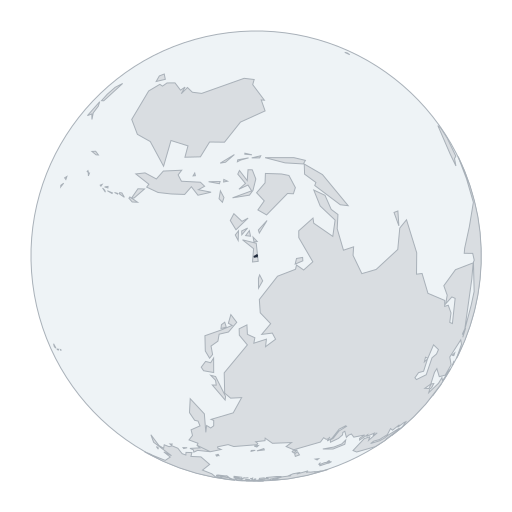 globe centered on Mountain Province, rotated 173°
{"feature_id": "PHL-2552", "entity_name": "Mountain Province", "entity_type": "Province", "adm_level": 1, "iso_a3": "PHL", "parent_name": "Philippines", "parent_adm1": "", "projection": "orthographic", "projection_center": [121.106, 17.071], "detail": "fine", "context": "on_globe", "style": "filled", "palette": "slate", "viewbox_px": 512, "rotation_deg": 173, "n_neighbors": 0, "source": "natural_earth", "source_scale": "10m", "svg_char_len": 10305}
<svg xmlns="http://www.w3.org/2000/svg" viewBox="0 0 512 512"><g transform="rotate(173 256 256)"><circle cx="256" cy="256" r="225" fill="#eef3f6" stroke="#a8b0b8"/><path d="M441.4,348.4L441.1,349.9L440.9,350.1L441.4,348.4ZM388.3,73.6L388.4,73.8L371.0,64.2L365.6,66.9L371.4,72.8L364.2,68.1L380.3,83.6L382.1,91.4L375.4,79.7L371.1,76.4L370.1,79.8L365.5,77.3L362.4,77.8L357.0,74.7L353.4,68.8L349.9,67.0L349.4,69.6L343.6,68.7L345.0,65.0L335.1,63.3L327.4,54.8L335.2,50.0L326.4,45.2L322.4,40.9L318.1,39.7L313.9,38.3L307.5,36.7L324.8,41.5L341.6,47.6L357.8,55.0L373.4,63.7L388.3,73.6ZM302.6,35.6L302.8,35.7L300.2,35.2L296.4,34.5L297.2,34.5L298.6,34.8L302.6,35.6ZM467.6,193.6L465.8,188.9L467.2,190.5L467.6,193.6ZM464.4,187.1L465.1,188.4L464.5,187.5L464.4,187.1ZM463.8,187.0L464.2,187.1L463.9,187.5L463.8,187.0ZM463.2,187.6L463.4,187.1L463.5,187.3L463.2,187.6ZM461.5,187.0L461.0,186.7L461.1,185.7L461.5,187.0ZM390.5,75.3L389.4,74.5L388.9,74.1L390.5,75.3ZM384.0,71.6L382.2,70.1L387.6,73.5L386.9,73.3L384.0,71.6ZM376.6,78.0L376.5,76.2L378.1,78.9L376.6,78.0ZM362.9,78.4L364.3,79.9L362.1,79.6L362.9,78.4ZM351.8,74.7L347.7,74.1L351.2,73.7L351.8,74.7ZM345.0,73.1L335.2,72.4L337.6,75.3L325.2,67.3L337.7,70.2L341.6,68.9L341.8,71.2L345.0,73.1ZM304.5,36.1L304.1,35.9L307.9,36.8L304.5,36.1ZM307.6,36.8L323.0,41.5L321.8,41.8L316.9,40.0L318.0,41.4L309.8,39.2L307.3,37.9L309.8,38.0L304.8,37.2L307.6,36.8ZM320.0,63.3L317.1,62.5L319.5,62.2L320.0,63.3ZM299.5,35.1L302.7,35.9L301.9,36.1L295.2,34.8L297.6,35.1L299.5,35.1ZM322.4,43.1L320.5,43.3L313.4,41.5L311.7,41.4L309.5,39.2L322.4,43.1ZM295.9,34.7L291.9,34.2L288.8,33.5L296.2,34.5L295.9,34.7ZM304.4,36.8L303.7,37.0L301.9,36.4L304.4,36.8ZM275.8,31.6L279.7,32.0L275.8,31.6ZM290.6,34.0L291.6,34.3L292.0,34.5L288.8,34.1L290.6,34.0ZM304.6,38.3L302.0,37.6L305.2,39.0L299.9,38.1L299.4,36.9L297.4,37.0L295.8,36.8L297.2,36.2L304.6,38.3ZM286.7,34.4L284.2,33.2L277.0,32.2L276.9,32.0L288.5,33.7L286.7,34.4ZM292.7,35.4L289.0,34.7L290.8,34.6L294.4,35.1L292.7,35.4ZM296.6,38.0L304.7,39.7L304.6,40.0L296.6,38.0ZM284.3,34.1L284.9,34.4L283.6,34.0L284.3,34.1ZM292.4,36.7L295.3,37.2L295.0,37.4L292.4,36.7ZM283.8,34.9L283.0,34.4L285.5,34.6L283.8,34.9ZM287.4,35.7L286.4,36.0L286.8,34.9L288.8,35.9L287.4,35.7ZM291.7,36.9L292.5,37.2L290.5,36.6L291.7,36.9ZM274.9,34.8L274.9,33.5L280.3,33.7L279.6,34.9L274.9,34.8ZM67.4,132.8L69.4,130.0L62.8,143.3L63.0,147.8L76.0,132.1L75.6,124.2L82.7,114.7L88.8,113.9L90.2,122.2L93.0,118.8L98.1,107.6L104.6,104.1L100.6,103.4L97.7,107.7L95.1,107.7L97.7,103.9L99.8,102.6L101.2,99.3L90.4,107.4L86.3,112.6L86.0,109.4L79.0,118.0L76.7,120.2L87.6,106.6L91.3,102.8L106.4,87.5L105.5,88.4L119.1,77.1L133.6,66.9L132.7,67.5L143.0,61.4L143.4,61.5L137.2,64.9L131.7,68.4L127.5,73.2L129.3,72.7L136.3,68.7L134.3,71.0L141.7,66.5L143.5,68.3L147.4,62.7L155.8,58.8L161.7,57.9L165.1,55.9L155.6,57.6L151.2,59.4L146.2,62.3L134.8,67.6L134.3,67.1L149.0,58.6L150.0,57.4L160.9,52.2L180.0,49.2L183.4,51.1L170.9,61.5L165.1,62.7L166.7,59.3L157.2,65.7L161.8,63.5L160.1,65.8L167.7,63.6L166.9,65.1L175.6,60.7L175.4,62.4L169.9,65.1L181.0,64.3L183.0,67.7L185.9,66.9L188.4,65.0L189.2,71.2L191.3,70.3L191.9,67.9L196.4,64.9L204.8,62.1L204.6,64.4L201.6,65.6L194.9,72.2L186.9,75.9L187.6,76.6L194.6,74.0L202.7,65.9L207.8,63.7L204.8,67.4L206.3,65.8L208.7,65.5L211.0,67.4L214.7,63.5L242.2,59.1L249.3,63.2L243.5,66.5L262.5,68.1L269.1,74.1L269.6,71.6L279.0,71.7L277.1,69.7L278.0,68.6L301.3,69.6L306.7,72.2L317.3,71.3L317.5,70.2L314.2,68.2L325.2,67.3L337.6,75.3L336.4,77.2L344.9,81.6L340.9,85.6L341.6,91.4L332.3,94.2L333.6,99.2L336.9,100.4L341.1,108.6L338.7,122.4L326.5,105.6L327.3,87.1L325.7,93.8L321.9,90.8L318.7,92.6L318.0,97.9L320.5,99.3L297.7,103.1L287.5,117.2L298.5,118.0L303.8,123.7L301.8,143.9L275.4,168.8L282.2,179.4L281.6,185.8L273.4,188.7L274.1,179.3L267.1,175.0L268.8,169.7L255.8,172.2L257.6,164.8L246.7,171.0L249.2,177.5L259.9,177.5L249.7,187.0L258.7,199.1L258.0,212.4L237.1,233.3L218.4,238.0L216.9,242.1L210.4,236.3L200.3,243.3L211.3,269.0L210.5,275.8L194.8,286.7L194.7,281.5L177.4,266.1L173.1,282.0L186.2,297.8L190.6,314.4L180.1,307.8L175.7,293.1L169.6,287.2L172.1,273.2L168.5,251.1L158.0,253.2L159.6,244.8L153.1,225.6L138.4,228.0L114.5,245.2L109.9,266.2L102.2,273.6L96.1,239.6L98.9,218.4L93.3,218.4L89.9,198.0L74.1,188.9L74.9,183.0L71.2,183.7L69.4,175.7L71.8,166.5L69.3,165.0L63.5,189.7L66.6,191.5L73.5,185.5L71.0,193.8L73.2,203.6L59.7,218.1L41.3,222.7L44.7,206.5L57.6,158.3L60.1,154.3L60.4,153.8L60.8,152.8L56.7,158.9L60.7,150.1L48.2,181.5L43.8,194.2L40.9,223.5L39.9,225.2L40.6,232.2L49.0,233.3L47.9,238.4L40.7,259.0L33.7,282.8L37.6,306.8L42.2,325.6L43.2,330.1L38.6,315.0L35.0,299.5L32.5,283.9L31.0,268.2L30.7,252.3L31.6,236.5L33.5,220.8L36.5,205.3L40.6,190.0L45.8,175.0L52.0,160.5L59.2,146.4L67.4,132.8ZM97.8,95.6L88.0,106.0L89.8,103.9L87.4,106.6L97.8,95.6ZM86.3,140.9L90.6,146.2L97.9,133.6L100.1,134.9L101.8,130.4L98.4,132.8L103.7,121.2L108.9,120.4L113.1,115.8L111.8,113.8L101.5,117.4L93.7,133.5L88.8,136.7L86.3,140.9ZM293.4,33.9L291.7,33.7L287.5,33.2L284.5,32.7L286.6,32.9L281.1,32.3L281.8,32.2L277.7,31.8L276.0,31.6L293.4,33.9ZM251.6,30.8L255.7,31.0L265.1,31.3L267.0,31.6L262.7,31.5L267.6,32.0L260.9,32.2L262.1,32.6L256.8,33.6L247.9,33.6L249.9,34.1L245.9,35.3L238.4,35.8L242.1,34.6L231.2,36.3L231.9,35.0L230.6,35.3L228.2,34.8L223.1,34.8L224.5,34.3L221.9,34.6L220.3,34.5L217.2,34.9L218.6,34.2L214.9,34.7L217.7,34.2L211.0,35.3L216.6,34.3L215.0,34.5L210.4,35.4L212.2,35.0L231.8,32.0L251.6,30.8ZM273.2,34.9L262.4,34.6L257.5,34.0L268.9,32.7L268.7,32.3L275.9,32.2L282.8,33.3L280.1,33.2L279.2,33.3L277.4,32.9L278.1,33.4L274.4,33.4L273.9,33.9L270.6,33.5L273.2,34.9ZM137.1,65.1L137.0,65.4L135.3,66.5L133.2,67.6L137.1,65.1ZM206.1,42.7L209.0,41.5L210.1,41.6L218.1,40.0L218.3,41.1L213.4,42.5L206.1,42.7ZM73.3,133.7L70.6,135.6L71.7,133.2L72.4,133.0L73.3,133.7ZM74.6,123.4L72.2,127.8L73.7,124.5L74.6,123.4ZM207.6,43.6L210.9,42.7L208.9,43.9L207.6,43.6ZM218.8,41.9L217.2,43.1L219.2,41.1L218.8,41.9ZM138.4,444.4L143.1,447.3L140.8,446.5L138.4,444.4ZM50.9,333.7L59.6,363.3L57.0,360.4L51.9,349.8L45.5,330.8L47.1,328.5L46.6,321.0L50.9,333.7ZM247.7,356.9L254.7,358.4L254.5,359.4L247.7,356.9ZM240.4,352.9L248.3,353.9L239.1,354.9L240.4,352.9ZM251.4,354.3L259.5,353.1L263.0,351.8L262.4,353.7L251.4,354.3ZM235.0,352.5L206.4,349.0L195.3,344.9L197.8,341.6L215.8,344.9L235.0,352.5ZM196.9,341.4L180.1,328.7L158.4,294.7L166.1,296.6L189.1,318.8L187.6,321.7L197.8,331.3L196.9,341.4ZM238.1,327.5L236.6,336.8L220.7,334.3L213.5,331.9L208.6,319.1L211.3,313.2L217.1,314.2L240.5,295.5L248.5,301.5L241.1,309.7L247.7,318.7L238.1,327.5ZM110.5,268.5L113.7,282.4L109.7,283.4L110.5,268.5ZM250.5,281.5L240.7,289.9L249.9,278.4L250.5,281.5ZM256.3,270.3L256.6,275.1L253.0,270.2L256.3,270.3ZM216.1,248.6L209.9,248.9L210.1,245.5L218.1,243.2L216.1,248.6ZM257.4,223.8L256.3,233.5L254.7,236.8L252.4,230.5L257.4,223.8ZM213.2,56.3L201.9,56.9L193.8,59.0L189.4,62.4L190.8,58.3L203.2,55.0L213.2,56.3ZM238.6,58.3L242.4,55.9L244.0,57.3L243.4,58.0L238.6,58.3ZM238.6,56.6L237.1,53.3L241.4,52.3L241.7,55.0L238.6,56.6ZM221.9,47.2L218.5,47.2L220.2,46.1L221.9,47.2ZM388.2,428.6L390.4,429.0L384.0,434.6L375.2,440.6L367.3,443.5L388.2,428.6ZM324.9,447.8L324.5,442.4L333.8,441.4L330.0,446.5L324.9,447.8ZM394.3,423.9L400.1,417.9L402.2,411.5L401.6,417.0L406.2,415.9L392.3,428.2L394.3,423.9ZM290.1,424.0L246.1,433.8L236.3,431.4L238.4,426.5L228.7,409.6L231.8,410.3L229.3,398.9L255.1,390.8L273.4,372.8L288.2,374.8L299.1,361.2L314.5,362.7L310.1,373.6L326.3,381.0L336.8,356.4L347.0,382.5L358.9,391.2L362.7,406.7L342.4,432.9L330.5,438.1L328.1,436.0L323.2,438.6L315.3,437.7L310.7,429.8L305.8,432.3L310.4,426.2L303.5,431.6L299.2,426.3L290.1,424.0ZM400.1,375.5L402.4,375.9L406.1,379.8L402.4,379.5L400.1,375.5ZM435.4,355.1L436.4,356.9L434.0,358.0L435.4,355.1ZM440.9,350.1L438.0,351.7L441.4,348.4L440.9,350.1ZM412.1,359.1L413.3,360.5L412.4,361.2L412.1,359.1ZM411.2,358.6L412.6,355.9L412.4,358.5L411.2,358.6ZM400.0,345.8L401.4,344.2L402.0,345.3L400.0,345.8ZM265.1,359.3L274.8,352.8L280.2,352.5L265.1,359.3ZM397.9,343.0L394.4,343.1L394.7,341.6L397.9,343.0ZM398.1,339.7L397.7,337.7L400.0,342.2L398.1,339.7ZM391.3,335.6L395.6,338.9L390.8,336.1L391.3,335.6ZM388.7,336.3L385.5,334.9L385.8,334.3L388.7,336.3ZM353.6,340.3L365.3,352.1L356.0,352.0L345.5,344.6L337.6,351.6L319.3,350.2L323.4,346.0L320.9,339.3L302.2,336.0L298.5,331.5L305.1,328.8L292.8,324.8L306.2,323.4L311.7,332.6L319.3,325.8L332.6,327.9L345.5,331.0L356.1,337.7L353.6,340.3ZM306.4,343.1L308.7,343.2L306.7,345.8L306.4,343.1ZM379.5,330.3L384.1,334.4L383.6,335.5L381.4,334.9L379.5,330.3ZM358.5,336.1L369.8,328.5L372.5,328.6L365.0,337.1L358.5,336.1ZM367.0,323.8L372.3,324.7L375.1,328.8L374.0,330.0L367.0,323.8ZM279.1,333.4L278.6,335.9L275.1,333.7L279.1,333.4ZM283.5,332.2L294.0,335.5L282.6,334.3L283.5,332.2ZM252.4,321.2L255.3,327.4L264.8,324.4L257.6,329.3L264.1,339.5L262.0,342.9L255.5,331.9L253.4,342.6L249.2,342.0L246.8,332.5L251.0,321.5L255.1,317.2L272.2,316.6L252.4,321.2ZM283.4,325.0L280.7,317.9L282.8,313.4L285.7,317.3L283.4,325.0ZM272.8,300.7L265.7,292.1L259.2,294.6L272.7,284.5L277.2,294.4L272.8,300.7ZM267.1,282.6L260.9,284.8L267.5,278.8L267.1,282.6ZM259.5,282.0L259.0,276.3L263.8,277.5L259.5,282.0ZM270.3,283.1L271.8,273.6L274.0,279.4L270.3,283.1ZM257.5,263.6L267.4,273.7L254.2,268.6L254.5,250.4L260.2,250.5L257.5,263.6ZM295.1,194.1L294.2,189.0L299.6,188.3L298.7,192.0L295.1,194.1ZM316.4,183.1L300.8,186.5L288.1,190.0L291.6,192.6L288.1,200.9L283.2,192.5L292.6,183.9L302.1,182.9L304.2,176.1L311.6,172.1L311.1,163.5L314.5,160.2L317.9,167.9L316.4,183.1ZM310.5,159.9L312.2,145.5L322.0,148.5L323.9,152.3L318.9,157.5L314.0,155.6L310.5,159.9ZM315.5,143.1L310.8,141.3L303.3,120.3L304.2,116.8L315.1,133.3L311.2,132.7L311.3,137.6L315.5,143.1ZM317.6,63.7L317.2,62.6L319.3,63.8L317.6,63.7ZM276.7,67.6L278.4,66.3L280.9,67.5L276.7,67.6ZM284.4,63.6L280.4,63.2L284.7,62.7L284.4,63.6ZM271.4,62.5L278.8,62.5L271.7,63.9L271.4,62.5Z" fill="#d9dde1" stroke="#a8b0b8" stroke-width="1"/><path d="M257.7,255.3L257.7,255.8L257.2,255.9L257.0,256.0L256.8,256.1L256.5,256.2L256.4,256.2L256.0,256.2L255.8,256.3L255.6,256.3L255.5,256.5L255.4,256.6L255.4,256.8L255.2,256.9L254.9,256.8L254.8,256.7L254.7,256.6L254.8,256.4L254.8,256.1L254.8,255.9L254.9,255.7L255.0,255.6L255.3,255.5L255.3,255.3L256.0,255.6L256.3,255.6L256.6,255.5L256.9,255.3L257.0,255.2L257.4,255.2L257.7,255.3L257.7,255.3Z" fill="#64748b" stroke="#1e293b" stroke-width="1.5"/></g></svg>